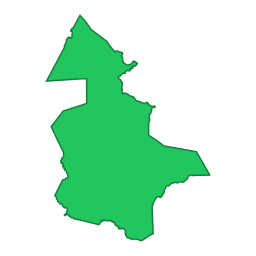 outline of La Iguala, Lempira, Honduras
{"feature_id": "27666195B64546459971627", "entity_name": "La Iguala", "entity_type": "district", "adm_level": 2, "iso_a3": "HND", "parent_name": "Honduras", "parent_adm1": "Lempira", "projection": "albers", "projection_center": [-88.46, 14.683], "detail": "fine", "context": "isolated", "style": "filled", "palette": "green", "viewbox_px": 256, "rotation_deg": 0, "n_neighbors": 0, "source": "geoboundaries", "source_scale": "gbopen_adm2", "svg_char_len": 5694}
<svg xmlns="http://www.w3.org/2000/svg" viewBox="0 0 256 256"><path d="M196.5,151.8L163.9,145.9L157.7,141.2L148.6,135.1L148.7,122.3L149.4,121.4L149.7,120.7L149.2,116.4L149.4,114.9L149.5,114.5L149.9,114.2L150.8,113.4L150.9,113.0L151.0,111.7L151.6,110.3L151.6,108.9L152.0,108.0L152.2,107.7L152.6,107.5L154.3,107.4L154.6,107.3L154.8,107.2L154.9,106.8L155.1,106.5L155.1,106.3L154.6,106.2L153.8,106.2L153.2,106.3L152.5,106.8L152.2,106.7L150.0,105.3L148.7,104.7L148.5,104.4L147.9,102.9L147.6,102.7L147.3,102.5L146.7,102.4L146.2,102.6L145.2,103.3L144.7,103.4L143.5,103.2L141.9,102.7L139.4,101.6L136.7,100.8L135.8,100.3L135.3,99.6L134.5,98.0L133.9,97.3L133.2,96.9L131.4,96.4L129.9,95.7L127.7,94.3L126.3,93.6L125.8,93.3L124.7,93.1L123.8,93.2L123.4,93.7L122.7,93.8L122.4,93.7L122.4,92.7L122.0,91.6L122.3,90.0L122.3,89.6L122.2,89.4L121.6,89.3L121.5,89.0L121.7,87.8L122.0,86.7L122.2,85.4L122.5,84.5L122.2,83.7L122.0,82.2L121.8,81.9L120.8,80.9L120.7,80.2L120.5,79.7L120.2,79.5L119.5,79.2L118.7,78.4L118.5,77.9L118.7,77.7L118.2,76.9L118.1,76.6L118.2,76.4L118.3,76.3L120.3,76.0L120.4,75.6L120.6,75.3L120.8,75.1L121.3,75.0L121.7,74.7L121.9,74.3L122.2,73.7L122.7,73.1L123.0,73.1L123.3,73.1L124.3,73.6L124.6,73.6L124.9,73.5L125.1,73.2L125.7,71.4L126.0,71.2L126.7,70.9L127.1,70.5L127.4,70.4L127.7,70.4L129.1,70.9L129.4,70.9L129.7,70.8L129.9,70.4L129.9,68.9L130.0,68.6L130.3,68.5L130.6,68.5L131.1,69.1L131.4,68.3L131.8,68.2L132.4,68.2L132.8,68.0L132.9,67.9L132.9,67.6L132.7,66.7L133.9,66.4L135.1,66.0L135.5,65.7L136.6,64.8L137.0,63.5L137.3,63.4L137.3,63.2L136.8,63.0L136.4,62.7L135.2,61.7L133.7,61.2L133.3,61.2L133.0,61.5L133.0,62.0L132.8,62.3L132.2,62.6L131.6,63.8L131.2,64.2L130.7,64.5L129.9,64.3L129.3,64.7L128.7,64.8L127.7,65.2L126.0,64.5L124.7,63.4L123.7,63.1L123.4,62.6L123.3,61.6L123.2,61.3L122.8,61.0L122.3,59.2L122.4,58.8L122.6,58.7L122.7,58.4L122.7,57.9L122.5,57.6L122.0,57.2L121.9,56.1L121.6,55.5L121.7,55.2L122.3,54.4L122.5,53.8L122.5,53.1L122.3,52.6L122.0,52.4L121.6,52.3L119.4,52.0L118.6,51.5L116.7,50.8L116.2,51.0L115.9,51.4L115.4,51.7L114.8,51.7L110.9,47.2L109.2,45.0L107.1,41.6L100.8,36.8L91.4,29.8L84.6,20.3L83.0,18.8L80.0,15.4L73.4,27.6L73.5,27.8L73.5,28.0L73.2,28.2L72.6,28.2L72.1,28.5L71.3,29.4L70.9,30.4L70.8,30.9L70.9,31.2L71.8,31.0L72.0,31.0L72.1,32.0L72.3,32.3L72.3,32.8L72.3,33.4L72.0,34.2L72.0,35.0L71.9,35.4L72.1,35.7L72.5,36.2L72.4,36.4L71.3,38.2L70.6,38.4L70.4,38.3L70.4,37.8L70.0,37.2L69.3,37.3L68.5,37.3L68.2,37.4L67.6,38.0L67.4,38.6L66.9,39.4L66.4,39.8L66.4,40.9L66.1,42.5L65.9,43.0L64.4,45.6L64.4,46.6L64.6,46.9L64.6,47.2L46.5,81.1L83.0,78.7L86.6,78.8L86.7,103.4L83.0,104.7L63.3,111.0L51.2,126.6L57.8,140.7L63.4,152.1L63.6,153.5L63.6,156.1L63.7,156.6L63.1,157.3L62.3,157.7L62.0,158.0L61.6,159.7L61.3,160.1L61.0,160.3L60.9,161.8L60.9,162.3L61.1,162.9L61.4,163.3L63.0,163.3L63.3,163.6L63.4,164.2L63.0,164.9L62.7,165.5L62.6,166.0L62.7,166.4L62.9,166.8L63.8,166.9L63.9,167.3L63.9,168.2L64.6,168.3L64.9,168.5L64.9,168.8L64.5,169.4L64.5,169.7L64.8,170.1L65.7,170.4L66.1,170.9L66.3,171.7L66.8,172.9L67.0,173.5L67.8,174.5L67.9,175.6L68.2,176.8L68.1,177.5L68.0,177.8L67.8,178.0L67.5,178.1L66.9,178.0L66.2,178.1L65.9,178.2L65.3,179.1L64.8,179.5L64.6,179.6L63.3,179.7L62.6,180.0L54.8,195.7L55.7,196.2L56.1,196.5L56.3,197.2L56.5,198.9L57.4,199.8L57.6,200.2L57.7,200.6L57.6,201.0L57.6,201.4L57.9,201.6L58.7,202.1L59.1,202.4L59.5,202.9L59.9,203.8L60.2,204.0L61.5,204.2L61.8,204.4L62.3,205.0L63.0,206.4L64.2,207.6L64.6,207.8L64.9,207.9L65.1,207.8L65.6,207.3L65.8,207.3L66.1,207.4L66.4,207.5L67.3,208.9L67.5,209.4L67.5,209.9L67.4,210.2L67.0,210.6L66.8,211.1L66.9,212.5L66.8,212.8L66.4,213.3L64.6,214.8L64.4,215.2L64.5,215.5L64.8,215.6L66.5,214.6L67.0,214.4L67.4,214.4L67.7,214.5L68.1,215.0L69.2,215.9L71.0,217.3L71.8,217.7L73.4,217.9L73.6,218.1L73.9,218.8L78.1,219.6L83.0,220.7L99.0,224.7L99.9,222.9L100.3,222.3L100.5,222.1L101.4,221.9L101.6,221.7L101.5,221.4L101.9,221.3L102.2,221.1L102.1,220.8L101.7,220.5L102.0,220.4L102.5,220.3L102.6,219.9L102.8,219.8L103.1,219.8L103.6,220.5L103.9,220.8L104.1,220.6L104.2,220.1L104.3,220.0L104.8,220.3L105.1,220.5L105.8,220.5L106.1,220.6L106.7,220.6L107.6,220.9L107.9,220.9L108.5,220.5L109.4,220.6L109.9,220.4L110.1,220.5L110.2,220.8L110.7,221.0L111.2,221.0L111.4,220.7L111.6,220.7L112.2,221.9L112.8,221.5L113.5,222.2L114.1,222.3L114.7,222.5L114.8,222.7L114.7,223.1L114.7,223.6L114.8,224.1L115.1,224.5L115.9,225.1L116.4,226.0L117.4,225.9L117.6,226.3L118.1,226.9L118.4,227.1L119.0,227.3L119.3,227.6L119.1,227.9L118.9,228.0L118.6,227.9L118.9,228.9L120.3,228.9L121.0,228.6L121.4,228.7L121.5,228.6L121.7,228.4L122.0,228.3L124.1,229.0L124.5,229.2L125.1,230.4L125.5,231.5L125.4,232.2L125.2,233.2L125.2,233.4L125.5,233.9L125.6,234.7L125.9,235.4L126.3,236.0L126.9,237.3L127.1,237.5L127.5,237.7L128.1,237.7L128.9,237.9L131.2,239.0L131.6,239.3L132.9,239.1L133.5,239.2L134.3,239.0L136.0,239.1L138.9,239.7L139.5,240.2L139.9,240.4L141.7,240.6L147.8,236.6L149.3,235.6L150.7,235.0L153.2,233.6L152.1,208.4L152.6,205.1L154.1,201.4L156.4,197.3L156.8,197.0L158.2,196.6L158.7,196.7L159.4,196.9L160.1,197.5L161.6,196.8L162.0,195.6L162.3,195.5L162.6,195.3L162.6,195.1L162.3,194.9L162.4,194.4L163.7,193.1L164.2,192.2L164.4,191.3L164.5,189.7L164.6,189.2L165.5,188.2L165.7,187.4L166.8,185.7L167.1,185.6L167.5,185.6L169.0,185.9L169.7,184.9L171.8,183.1L174.0,182.8L175.6,182.3L175.9,182.4L177.1,182.9L177.6,182.9L178.3,182.7L179.6,182.0L180.3,181.8L181.7,181.8L183.0,182.3L183.3,182.3L183.8,182.0L184.6,181.2L185.5,180.5L186.0,180.0L186.4,179.4L187.5,178.7L187.8,177.9L187.9,176.4L188.1,176.0L188.5,175.8L190.2,175.6L191.3,174.9L192.3,175.1L193.1,175.6L193.6,175.7L194.1,175.6L194.5,175.3L209.5,175.1L209.5,174.6L196.5,151.8Z" fill="#22c55e" stroke="#15803d" stroke-width="1.5"/></svg>